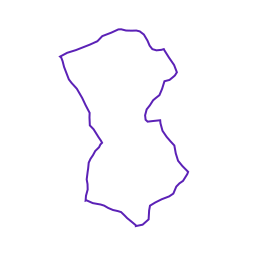 outline of Zardab District, Zərdab, Azerbaijan, rotated 249°
{"feature_id": "54616110B34042895235078", "entity_name": "Zardab District", "entity_type": "district", "adm_level": 2, "iso_a3": "AZE", "parent_name": "Azerbaijan", "parent_adm1": "Zərdab", "projection": "robinson", "projection_center": [47.712, 40.25], "detail": "fine", "context": "isolated", "style": "outline", "palette": "violet", "viewbox_px": 256, "rotation_deg": 249, "n_neighbors": 0, "source": "geoboundaries", "source_scale": "gbopen_adm2", "svg_char_len": 1379}
<svg xmlns="http://www.w3.org/2000/svg" viewBox="0 0 256 256"><g transform="rotate(249 128 128)"><path d="M33.6,100.3L32.5,107.0L35.3,114.5L43.5,118.2L47.6,120.7L48.5,125.7L48.7,126.8L49.4,134.0L49.4,141.9L50.5,146.8L56.0,152.1L57.9,156.2L58.9,160.4L63.7,166.8L65.5,168.4L73.1,165.1L79.5,163.0L87.2,163.5L95.1,165.0L100.3,162.9L105.9,160.9L113.0,159.2L120.8,160.0L123.7,160.8L125.6,153.7L126.9,148.6L129.4,147.4L133.7,148.5L138.7,152.1L141.3,156.5L144.9,161.4L146.0,164.6L147.4,169.1L150.7,172.3L152.5,174.0L153.4,174.7L158.6,178.8L158.0,184.0L159.7,189.2L160.3,190.7L162.5,193.6L170.3,193.6L179.0,191.5L187.6,189.8L188.8,189.7L189.0,187.2L190.3,182.4L192.9,179.0L197.1,177.7L202.6,177.5L209.6,176.3L214.0,173.6L216.0,170.7L217.5,166.4L219.7,161.1L222.6,157.0L223.5,154.3L223.0,146.6L223.0,136.9L220.0,130.6L219.5,122.2L219.4,107.3L220.0,98.1L219.0,90.2L217.7,90.9L213.9,90.9L208.0,90.2L201.9,90.2L194.6,90.2L190.2,91.5L183.0,94.3L172.4,96.0L164.5,96.6L155.9,97.6L151.6,95.8L144.1,93.3L139.2,95.4L130.0,97.2L125.8,98.2L123.5,98.5L122.5,96.3L120.4,94.1L118.3,89.2L115.2,85.6L112.7,82.0L109.7,78.9L104.5,76.3L101.5,74.6L94.8,71.0L90.1,70.1L85.0,68.3L79.8,64.5L75.4,62.4L75.4,63.3L70.5,68.2L68.2,72.0L66.4,75.0L64.1,77.9L60.5,80.8L57.6,83.8L56.9,84.5L54.1,88.7L52.0,91.4L47.5,93.5L44.2,94.9L37.9,98.5L34.1,100.6L33.6,100.3Z" fill="none" stroke="#5b21b6" stroke-width="2"/></g></svg>